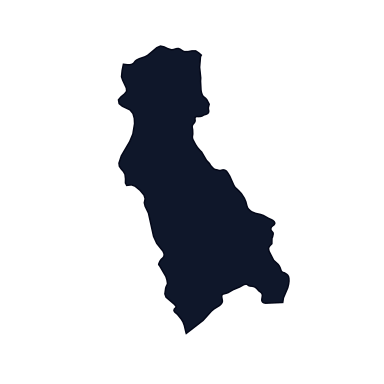 Zamora Chinchipe, Albers equal-area conic projection, rotated 142°
{"feature_id": "ECU-1269", "entity_name": "Zamora Chinchipe", "entity_type": "Province", "adm_level": 1, "iso_a3": "ECU", "parent_name": "Ecuador", "parent_adm1": "", "projection": "albers", "projection_center": [-78.963, -4.167], "detail": "fine", "context": "isolated", "style": "filled", "palette": "ink", "viewbox_px": 384, "rotation_deg": 142, "n_neighbors": 0, "source": "natural_earth", "source_scale": "10m", "svg_char_len": 3058}
<svg xmlns="http://www.w3.org/2000/svg" viewBox="0 0 384 384"><g transform="rotate(142 192 192)"><path d="M283.6,84.1L283.3,84.9L280.2,91.6L279.1,95.1L278.7,98.4L278.8,104.5L279.5,107.9L279.3,109.6L278.1,110.6L275.9,110.9L275.1,111.2L275.0,112.1L275.0,114.2L277.2,125.1L276.1,128.4L272.0,132.4L270.7,133.3L268.6,134.3L267.6,135.0L265.8,138.3L264.6,141.5L262.9,154.0L263.0,155.2L262.3,155.9L259.9,157.2L257.7,157.9L255.7,158.0L253.8,158.5L252.1,160.3L251.3,163.1L251.4,173.2L249.6,180.7L239.3,202.2L237.7,209.6L236.2,212.9L233.1,215.5L231.7,219.1L231.9,225.4L233.3,231.7L235.3,234.9L239.4,237.4L238.9,240.1L236.3,243.3L233.9,247.2L233.4,250.4L233.6,253.7L233.4,257.0L231.8,259.7L227.2,262.8L225.4,264.0L210.0,270.1L202.9,274.1L195.2,281.2L192.1,285.6L190.2,290.2L190.3,294.9L194.1,302.5L195.0,306.5L193.2,309.9L189.3,310.7L184.9,310.8L181.5,311.6L179.7,314.4L177.8,322.7L176.6,326.2L172.2,330.8L167.4,334.9L164.3,331.8L162.4,330.4L160.6,329.6L158.8,329.4L156.1,330.1L154.4,330.1L151.5,329.5L145.8,327.5L142.9,327.0L138.8,327.1L130.9,327.4L127.0,326.4L124.7,323.6L122.9,320.0L120.7,316.8L119.2,315.8L115.9,314.5L114.4,313.5L113.5,312.0L112.4,308.7L111.5,307.2L108.6,305.0L105.1,303.2L102.2,300.9L101.0,297.3L100.4,294.1L102.0,293.4L109.2,285.6L114.9,276.5L117.0,274.1L122.2,266.7L123.3,264.6L124.1,262.3L124.3,260.5L123.6,257.5L123.5,255.6L124.4,250.6L127.0,248.6L128.0,247.3L129.0,245.4L130.2,244.4L131.4,244.2L133.2,244.6L135.2,245.4L137.4,245.7L138.8,246.3L140.6,247.5L142.0,248.8L143.6,248.9L144.6,247.9L145.5,246.4L146.4,245.6L147.8,245.1L149.3,244.8L150.8,244.2L151.8,243.2L153.2,240.6L155.7,237.2L157.7,235.3L158.5,234.1L159.0,232.8L160.0,227.3L160.3,223.8L160.1,219.6L159.8,217.7L161.1,208.1L160.7,203.7L161.0,201.5L160.8,198.6L160.6,197.2L160.2,195.9L158.3,193.6L157.8,192.8L157.1,192.0L156.3,191.4L154.6,190.7L153.9,190.3L153.4,189.9L152.9,189.3L152.4,188.4L152.0,187.2L152.1,184.7L152.5,181.2L154.9,171.6L155.2,169.2L154.4,164.1L154.1,160.2L154.6,154.8L155.6,151.1L157.2,147.5L157.9,145.5L158.0,144.0L157.6,141.2L157.1,139.6L155.1,136.1L151.9,132.2L150.2,129.6L147.9,124.1L146.3,121.1L145.8,119.8L145.5,118.2L145.7,117.0L146.2,116.2L147.1,115.8L148.0,115.6L148.9,115.7L150.7,115.6L151.6,115.2L152.3,114.7L153.1,113.7L153.3,112.6L153.2,110.1L153.8,109.0L156.2,107.0L157.5,106.3L160.9,102.1L163.8,101.7L165.0,101.3L166.2,100.7L167.1,99.3L167.8,97.7L169.7,87.9L168.7,81.9L168.8,79.9L169.2,78.0L170.3,74.8L170.2,73.4L169.7,72.4L168.9,71.4L168.0,68.8L167.8,67.5L168.0,66.0L168.8,64.3L170.4,62.1L172.6,59.9L175.5,57.6L185.1,52.3L188.5,49.1L202.5,59.1L203.6,60.4L204.1,61.6L204.1,62.6L203.7,63.7L202.9,64.6L201.1,66.3L200.2,67.2L199.6,68.4L199.4,69.4L199.5,70.6L200.2,72.9L200.4,76.0L200.7,77.5L201.1,78.7L201.8,79.7L202.7,80.8L204.0,82.0L204.8,83.0L205.2,84.0L205.3,85.1L206.3,86.2L208.2,87.1L212.9,87.8L219.8,89.7L225.6,90.5L227.3,91.1L230.3,92.4L231.5,92.5L232.6,91.8L233.3,90.8L235.0,87.6L235.6,86.9L236.5,86.3L238.1,85.8L240.1,85.6L246.6,86.3L250.0,86.2L262.4,84.0L283.4,84.1L283.6,84.1Z" fill="#0f172a" stroke="#020617" stroke-width="1.5"/></g></svg>